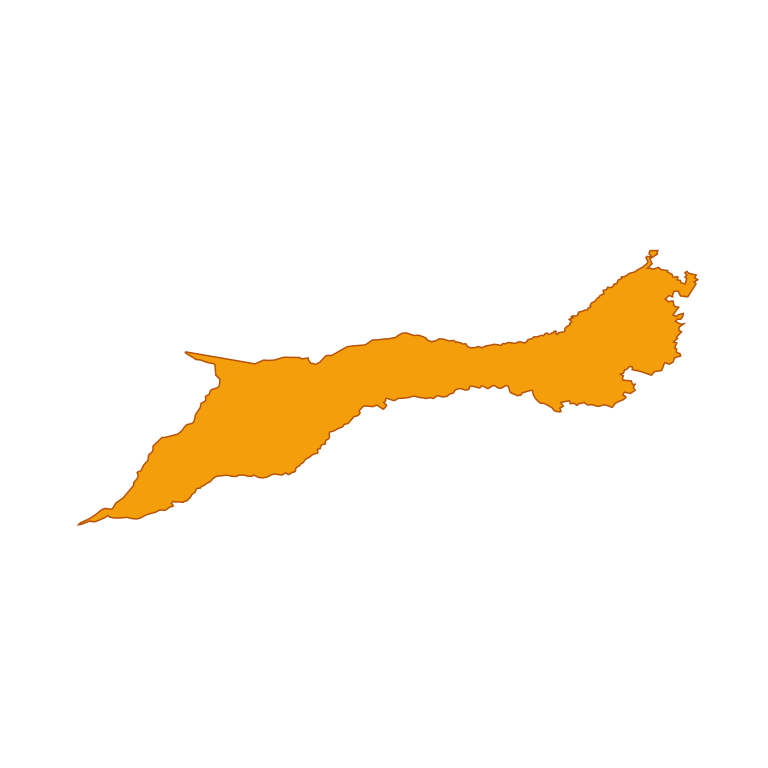 Nole Duima, Ngöbe Buglé, Panama (Equal Earth projection), rotated 257°
{"feature_id": "35544464B88224664972653", "entity_name": "Nole Duima", "entity_type": "district", "adm_level": 2, "iso_a3": "PAN", "parent_name": "Panama", "parent_adm1": "Ngöbe Buglé", "projection": "equal_earth", "projection_center": [-81.797, 8.42], "detail": "fine", "context": "isolated", "style": "filled", "palette": "amber", "viewbox_px": 768, "rotation_deg": 257, "n_neighbors": 0, "source": "geoboundaries", "source_scale": "gbopen_adm2", "svg_char_len": 6151}
<svg xmlns="http://www.w3.org/2000/svg" viewBox="0 0 768 768"><g transform="rotate(257 384 384)"><path d="M309.9,601.1L313.0,604.8L314.1,608.3L314.9,613.7L316.5,616.8L317.1,616.9L319.7,614.2L322.0,616.5L319.3,621.9L321.5,627.4L324.5,626.1L327.3,628.6L327.7,626.0L331.4,625.6L334.1,617.6L335.9,617.7L338.1,619.1L340.4,616.4L340.7,619.8L343.7,621.6L343.7,623.7L345.8,627.1L344.9,629.7L343.1,629.6L342.2,629.0L338.7,636.5L332.4,646.6L335.3,650.5L334.7,656.6L335.1,657.9L341.8,662.3L339.1,666.3L340.3,670.5L344.1,673.0L344.6,679.4L347.2,679.1L348.2,677.1L349.3,676.2L352.3,677.0L353.7,675.2L358.0,678.5L359.8,675.4L362.4,680.3L363.4,679.4L363.9,679.5L367.9,685.6L369.9,683.5L372.9,684.2L375.3,689.6L375.6,686.4L379.4,682.0L381.2,684.6L380.3,687.5L382.5,690.3L385.4,691.5L385.4,686.6L384.0,684.2L386.2,681.0L392.5,688.4L394.5,684.3L400.0,684.2L400.3,679.3L402.1,678.5L403.5,677.0L406.1,681.6L404.0,684.9L405.4,685.0L409.0,687.4L408.5,691.4L403.1,692.7L400.6,699.6L411.3,710.5L412.9,710.0L413.8,709.0L414.8,712.9L415.2,713.3L417.4,710.6L420.1,712.7L422.3,707.6L423.9,705.4L425.6,704.5L424.6,702.2L421.7,703.5L420.4,701.2L418.6,702.7L413.7,699.9L416.0,696.0L418.2,696.2L419.5,693.1L422.0,694.5L422.7,693.8L422.7,690.9L423.2,689.6L426.1,689.3L429.1,685.5L430.7,686.0L433.1,679.7L435.9,677.8L435.3,672.3L436.6,670.0L437.6,666.9L440.9,672.3L445.6,671.3L446.2,671.5L449.1,679.6L451.2,679.6L452.4,680.9L454.1,673.5L452.8,672.1L451.1,671.6L448.3,673.1L447.8,672.3L449.2,669.1L448.4,667.7L444.1,668.6L442.5,667.9L439.7,662.3L438.4,657.5L436.8,653.5L436.6,648.4L434.4,642.2L435.0,639.6L434.6,639.2L433.3,639.4L432.6,635.6L429.4,633.3L429.7,630.7L428.0,629.5L427.4,628.5L426.9,626.4L428.0,623.8L425.8,621.9L426.0,618.5L422.5,618.6L421.7,614.4L420.2,613.1L419.6,611.2L417.1,608.1L416.2,604.3L414.0,602.3L412.8,602.9L412.1,602.0L412.1,600.0L410.3,598.9L410.9,596.5L410.1,592.7L410.4,590.3L409.5,589.1L407.9,588.7L407.4,587.7L407.1,585.8L408.0,583.2L407.5,581.8L407.2,581.5L406.0,583.1L405.5,581.9L405.6,579.6L405.2,578.9L402.9,580.9L402.2,580.8L401.3,578.5L399.7,578.4L399.0,575.4L397.5,572.8L394.6,572.0L394.3,570.4L394.8,566.4L394.4,565.0L393.8,565.1L393.3,564.2L394.6,562.6L396.3,563.5L397.0,563.1L397.1,561.5L395.9,560.3L396.0,558.9L395.0,557.1L395.6,555.1L397.0,554.6L396.8,552.3L395.2,550.3L396.0,548.5L395.5,543.4L396.3,540.7L394.9,538.5L394.9,534.3L392.8,532.2L392.4,529.7L394.5,526.3L394.7,524.0L394.0,521.1L396.5,514.5L395.9,510.9L396.7,508.9L395.1,506.7L396.5,504.2L398.0,499.9L397.8,497.9L398.2,491.6L397.2,488.0L399.4,484.1L399.0,481.8L399.6,477.1L401.5,474.0L404.8,472.7L405.2,469.9L406.9,467.9L407.6,466.0L408.5,465.3L408.3,463.3L410.5,462.2L411.1,460.3L411.2,457.3L414.3,452.2L415.5,448.4L415.4,446.8L414.7,445.3L414.4,442.6L414.8,441.8L414.1,440.1L415.5,438.8L416.7,436.4L419.1,435.3L420.8,433.4L423.9,428.5L424.5,424.1L428.7,417.3L429.4,413.4L428.3,409.1L426.8,406.1L427.0,397.7L427.7,395.6L428.4,387.9L429.5,382.6L426.3,374.5L428.2,361.7L428.6,356.3L423.5,339.2L424.5,335.7L424.5,333.7L419.6,326.2L418.4,321.3L419.9,319.8L420.7,317.3L424.3,315.9L426.5,315.8L426.9,309.9L428.9,307.4L432.6,292.4L432.0,282.3L433.0,276.6L434.4,272.0L432.6,263.0L459.9,198.0L459.4,197.5L458.2,198.1L452.5,204.2L450.3,205.9L448.6,210.8L444.7,216.6L442.3,222.1L441.0,223.6L430.4,222.1L425.6,225.2L420.0,223.4L418.7,222.5L417.8,220.7L417.3,214.6L415.8,212.7L413.3,211.5L412.2,207.3L408.2,206.7L407.0,204.7L406.5,201.6L402.2,199.5L396.7,193.6L390.4,190.5L389.5,189.5L388.8,187.7L388.7,182.8L387.1,180.1L384.0,176.7L381.5,171.6L381.2,158.7L381.8,155.7L375.9,145.6L375.0,144.8L372.2,144.3L370.7,143.5L369.4,141.9L368.4,139.5L367.3,138.5L362.6,136.8L359.0,131.5L354.0,127.5L353.9,125.1L353.4,123.6L350.4,123.9L348.9,123.5L347.1,121.9L344.2,117.8L342.5,117.8L340.9,116.4L331.7,104.2L328.3,95.9L323.6,91.4L323.4,90.5L323.7,88.6L325.4,84.7L325.4,82.2L324.1,78.6L321.9,74.4L319.0,66.7L317.0,56.9L315.6,54.7L315.4,58.1L316.6,66.0L315.0,70.4L314.8,72.3L316.7,82.5L318.1,85.3L316.1,86.6L314.3,90.5L313.2,94.7L311.8,103.8L309.6,108.0L308.1,112.9L308.2,116.3L310.1,123.5L310.5,132.8L311.6,136.7L311.3,139.0L310.3,141.2L310.3,143.1L312.3,147.6L312.3,151.0L313.2,151.2L315.7,149.9L317.1,152.4L315.8,154.2L315.5,157.2L313.9,161.4L314.6,163.4L314.6,165.8L317.0,169.7L319.5,171.9L321.3,175.8L324.0,177.6L324.3,178.8L323.9,181.8L325.3,183.0L325.5,185.5L327.2,189.3L327.7,192.3L330.9,197.2L331.7,200.5L330.4,211.1L328.6,214.1L327.3,218.5L327.3,220.3L327.9,221.5L326.7,227.5L325.1,229.9L323.7,234.5L324.6,236.6L321.2,240.8L319.7,244.8L319.7,249.7L320.8,253.6L321.0,257.0L318.2,264.0L319.6,268.2L317.5,270.1L317.2,271.4L318.6,274.8L318.4,276.6L318.7,277.5L319.4,278.3L321.1,278.8L322.4,280.1L323.3,283.3L324.6,284.3L325.5,287.3L328.6,291.1L328.9,293.3L331.5,299.3L331.5,303.7L332.5,304.3L335.6,304.5L335.3,307.2L338.0,308.6L339.0,310.7L338.7,313.3L342.2,314.4L342.8,317.1L343.5,318.2L345.1,319.2L347.3,319.1L349.5,320.4L349.4,323.3L351.1,330.2L351.4,333.0L352.0,334.6L353.7,336.3L353.5,339.4L353.9,340.6L358.9,347.3L359.1,351.3L360.1,353.3L361.4,354.2L363.0,353.7L363.7,354.1L366.3,357.8L367.1,359.9L364.4,368.3L365.0,371.3L364.7,372.7L359.8,377.3L359.6,378.0L362.2,381.6L363.2,381.6L366.2,379.5L367.1,381.8L369.2,382.2L369.6,383.2L365.6,389.9L365.8,391.8L366.9,394.6L365.9,399.1L365.3,404.8L365.5,410.5L362.2,417.1L361.5,419.7L360.4,421.4L360.4,425.9L358.8,428.6L359.0,429.7L360.3,432.1L360.5,433.5L358.2,438.2L357.8,442.5L359.6,446.3L359.5,449.4L362.1,452.1L362.6,455.4L362.2,457.8L359.7,462.0L359.5,464.7L360.0,465.8L362.2,467.0L362.4,467.8L362.1,469.4L358.6,476.1L358.9,477.3L360.3,478.1L360.1,479.4L356.2,484.0L356.5,485.9L357.7,488.6L357.8,490.3L357.2,491.9L354.3,494.5L353.7,495.9L353.7,498.0L355.1,502.8L354.0,504.5L347.2,505.2L342.5,511.6L342.5,515.3L344.2,516.5L344.8,524.4L344.3,527.3L340.6,527.0L336.0,528.2L331.1,531.1L329.9,532.5L329.1,535.6L328.0,537.1L322.6,542.7L320.4,543.5L318.9,544.8L317.5,548.3L317.4,550.3L320.9,549.9L322.0,553.7L326.3,552.2L326.0,560.8L322.8,561.2L322.6,564.5L319.9,567.1L319.9,567.8L321.1,569.2L320.7,571.4L321.1,574.7L317.8,577.5L317.1,582.0L314.2,587.0L313.9,589.0L314.3,594.2L309.9,601.1Z" fill="#f59e0b" stroke="#b45309" stroke-width="1.5"/></g></svg>